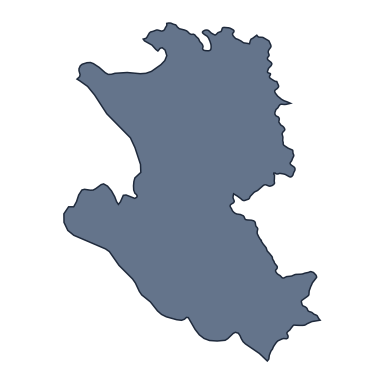 map outline of Zlatiborski (Equal Earth projection)
{"feature_id": "SRB-1505", "entity_name": "Zlatiborski", "entity_type": "District", "adm_level": 1, "iso_a3": "SRB", "parent_name": "Republic of Serbia", "parent_adm1": "", "projection": "equal_earth", "projection_center": [19.945, 43.584], "detail": "fine", "context": "isolated", "style": "filled", "palette": "slate", "viewbox_px": 384, "rotation_deg": 0, "n_neighbors": 0, "source": "natural_earth", "source_scale": "10m", "svg_char_len": 5918}
<svg xmlns="http://www.w3.org/2000/svg" viewBox="0 0 384 384"><path d="M150.4,301.9L141.7,294.9L139.4,291.5L135.4,283.0L132.6,279.0L119.0,265.4L109.4,251.6L105.5,248.9L73.8,235.3L67.8,230.4L64.0,222.4L63.9,213.8L68.6,206.8L73.7,206.8L76.5,201.7L78.7,195.0L81.9,190.0L84.5,189.3L90.4,190.2L93.1,190.1L95.8,188.6L101.2,184.6L103.6,183.9L107.5,186.1L111.5,190.9L114.7,196.7L116.6,201.7L118.4,204.4L120.4,201.9L123.3,195.3L126.1,195.0L134.8,198.4L136.7,197.3L137.2,196.0L136.5,194.6L134.9,193.2L133.7,190.0L133.5,185.8L133.9,181.5L134.9,177.9L140.8,172.4L140.5,164.4L135.0,147.7L130.4,137.8L106.8,113.8L94.6,95.0L87.6,86.4L79.6,80.7L77.0,79.1L79.6,76.7L80.1,74.6L79.0,70.8L79.0,68.7L80.3,65.8L82.2,64.2L87.0,62.7L90.4,62.5L93.4,63.6L99.2,67.4L105.2,72.7L108.2,74.4L111.5,74.3L114.9,73.3L127.2,72.5L140.3,73.7L145.9,73.3L151.4,71.4L160.9,64.7L164.8,60.6L166.8,55.7L165.1,50.1L162.2,47.7L160.1,48.3L158.7,50.1L157.9,51.0L155.8,49.4L152.0,45.1L144.5,40.9L143.2,39.1L145.7,38.4L146.3,38.0L146.9,37.3L149.3,33.1L150.5,32.0L153.1,31.3L156.5,30.0L157.6,30.0L161.5,31.1L162.2,31.0L163.6,30.5L164.6,29.5L165.4,27.7L166.6,25.8L166.8,25.1L166.8,24.4L166.7,23.4L168.7,23.0L170.8,23.1L173.6,24.3L175.5,24.8L176.2,25.3L177.3,27.0L179.3,28.7L184.5,30.0L186.5,30.8L187.6,31.6L189.1,33.2L190.4,34.1L191.4,34.4L193.4,34.2L194.7,34.8L196.2,36.6L198.3,38.5L198.9,39.5L199.4,40.8L199.8,41.6L201.8,43.7L202.5,44.8L203.0,46.2L203.0,46.8L202.6,48.4L202.6,48.8L203.0,49.6L203.7,50.2L205.1,50.6L208.4,50.8L209.5,50.5L210.4,50.0L210.7,49.6L211.0,48.4L211.1,47.6L211.1,45.9L210.9,44.3L210.0,41.4L208.4,37.8L207.1,36.2L204.4,34.5L203.1,33.4L202.5,32.7L202.5,32.0L203.0,31.3L204.5,30.4L205.5,30.1L206.9,30.0L208.1,30.3L209.0,30.9L211.3,33.1L214.6,34.9L215.2,35.0L216.1,34.5L218.0,32.6L221.0,31.5L221.6,30.5L222.3,28.2L223.0,27.6L224.1,27.4L228.7,27.8L230.1,28.2L231.9,29.1L233.5,30.1L234.0,30.9L233.9,31.9L232.6,33.5L232.5,34.3L233.0,35.6L234.3,37.2L235.7,38.6L238.0,39.4L241.2,41.1L242.9,42.4L244.0,42.9L246.9,43.3L249.5,43.8L250.3,40.7L251.0,39.2L252.8,38.2L256.8,35.2L257.8,36.5L258.5,37.0L259.5,37.2L262.1,37.3L263.1,37.5L268.9,40.9L270.8,45.1L271.0,46.2L270.9,46.8L270.5,47.6L269.0,49.6L268.3,51.1L268.2,52.3L268.4,53.0L269.0,54.5L269.1,55.2L268.8,56.1L267.6,57.5L267.4,58.4L267.6,59.4L268.0,59.9L271.1,62.4L271.8,63.5L271.8,64.1L271.6,64.7L271.0,65.8L268.5,68.4L267.5,71.3L267.5,72.1L267.6,72.4L268.1,72.8L269.9,73.4L270.3,73.6L270.5,74.0L270.4,74.7L269.5,76.2L269.5,77.2L269.8,77.8L271.0,78.8L274.7,81.1L275.8,81.4L276.8,81.5L277.6,83.5L278.4,85.2L278.6,85.9L278.6,86.6L278.4,87.1L277.3,88.5L275.5,89.8L275.0,90.3L274.8,90.6L274.7,91.7L275.2,92.9L277.6,96.1L281.5,99.3L284.2,100.8L286.8,101.7L290.5,103.3L286.0,104.4L284.2,104.5L281.6,104.2L280.5,104.4L279.9,104.8L279.1,105.7L277.8,107.9L276.1,109.4L275.8,109.9L274.9,112.5L274.9,113.8L275.0,114.4L275.5,115.2L276.2,116.0L278.2,116.9L278.9,117.7L279.3,118.9L279.2,120.1L278.9,121.0L278.9,122.2L280.8,125.0L282.8,126.3L283.7,127.2L284.3,128.1L284.7,129.0L284.8,129.6L284.5,130.4L282.8,132.2L282.2,133.4L282.1,134.0L282.9,137.1L282.7,140.6L283.2,142.5L283.2,143.9L283.3,144.5L284.0,145.4L287.7,147.9L289.1,148.6L292.2,149.9L292.7,150.3L292.8,150.7L293.0,153.2L293.8,155.2L293.7,156.1L292.6,158.3L291.7,160.7L290.3,162.6L290.1,163.4L290.3,164.0L291.3,165.1L293.8,166.8L294.6,167.6L295.0,168.6L295.0,169.7L294.8,170.5L293.6,172.8L292.9,175.1L291.8,176.5L290.7,177.0L289.5,176.8L285.2,174.4L283.3,173.9L280.1,173.4L279.5,173.4L277.9,174.0L277.2,174.0L276.0,173.8L275.2,173.1L273.8,173.1L273.7,174.1L274.5,175.2L274.4,179.0L274.2,180.9L274.5,182.8L274.5,183.3L273.7,184.5L272.0,185.6L269.9,186.2L268.8,186.0L265.9,184.8L264.7,184.8L263.5,185.3L257.6,190.5L254.7,191.9L253.9,192.5L250.2,196.4L249.3,198.4L248.6,199.1L244.7,200.5L243.9,200.6L243.0,200.4L242.1,199.9L240.6,198.5L237.4,196.1L233.6,193.8L233.2,195.7L233.0,197.5L233.3,198.7L234.0,200.4L234.2,201.0L234.2,201.7L233.5,202.8L231.3,204.1L230.8,204.5L230.3,205.1L230.1,205.7L230.1,206.2L230.3,206.8L231.5,208.7L232.3,210.5L232.7,211.1L233.7,212.2L235.0,213.2L236.7,214.0L240.4,214.5L243.3,215.8L244.0,216.6L245.0,219.0L245.7,219.6L247.0,219.9L251.4,220.2L253.6,220.8L254.6,221.5L255.1,222.2L255.3,223.0L255.7,225.5L256.0,226.2L256.3,226.7L257.2,227.6L257.7,228.6L257.7,229.3L257.2,231.6L257.2,233.3L257.4,234.0L258.9,237.1L260.2,239.2L261.2,240.2L261.4,240.7L261.4,240.9L261.2,241.0L262.9,243.7L265.8,247.3L266.2,247.9L267.0,250.5L267.4,251.2L269.7,253.7L272.0,256.6L272.3,257.2L272.6,259.1L274.0,261.4L274.5,263.0L276.8,265.9L277.2,266.5L277.3,267.1L277.1,268.3L276.8,268.8L275.8,269.9L275.6,270.2L275.6,271.2L276.0,272.1L276.9,273.4L277.9,274.3L280.1,275.6L282.2,277.8L282.9,278.0L283.8,278.0L286.6,276.6L291.5,276.1L294.9,274.6L295.8,274.4L300.6,274.2L302.4,274.0L305.0,273.1L308.5,272.4L310.4,271.6L311.3,271.7L313.5,272.5L315.9,275.0L316.5,276.3L316.6,277.4L312.3,283.0L311.6,284.8L310.7,286.6L310.1,288.4L309.2,290.8L308.9,294.5L308.6,295.3L307.4,296.4L302.2,300.1L301.5,300.9L301.3,301.6L302.1,304.7L302.8,305.8L305.3,306.9L306.5,307.8L307.1,308.6L307.8,310.4L308.3,311.0L308.9,311.4L311.8,312.4L314.0,314.2L316.6,315.3L317.2,315.8L318.7,318.5L320.1,320.2L311.8,321.6L307.2,323.7L305.5,324.8L304.4,325.2L302.7,325.4L299.8,325.4L297.1,325.3L294.4,325.1L293.6,325.2L293.1,325.6L290.9,328.4L289.8,330.0L288.0,331.4L287.1,332.4L286.9,332.9L286.9,333.5L287.9,335.5L288.1,336.1L288.0,337.4L287.6,338.2L286.4,338.8L283.7,338.5L281.9,339.0L278.0,340.8L276.9,341.8L275.7,343.3L274.2,345.5L273.3,347.0L272.4,349.2L271.2,350.7L270.7,351.7L269.3,355.3L268.9,358.5L268.7,359.3L268.2,359.9L267.3,361.0L259.3,353.4L245.4,343.9L243.1,341.7L241.3,338.7L240.0,335.6L238.3,333.2L235.4,332.3L233.2,333.4L227.7,338.7L225.1,340.3L217.2,341.0L209.5,340.5L204.1,338.5L199.3,334.8L195.1,329.4L188.3,317.6L186.4,317.4L184.5,319.2L181.6,320.3L176.6,319.7L166.3,316.8L161.5,314.4L157.5,310.9L150.4,301.9Z" fill="#64748b" stroke="#1e293b" stroke-width="1.5"/></svg>